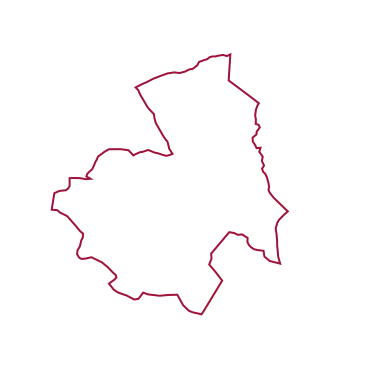 Florânia, Rio Grande do Norte, Brazil, rotated 224°
{"feature_id": "56859067B70740339251141", "entity_name": "Florânia", "entity_type": "district", "adm_level": 2, "iso_a3": "BRA", "parent_name": "Brazil", "parent_adm1": "Rio Grande do Norte", "projection": "orthographic", "projection_center": [-36.81, -6.18], "detail": "fine", "context": "isolated", "style": "outline", "palette": "rose", "viewbox_px": 384, "rotation_deg": 224, "n_neighbors": 0, "source": "geoboundaries", "source_scale": "gbopen_adm2", "svg_char_len": 2210}
<svg xmlns="http://www.w3.org/2000/svg" viewBox="0 0 384 384"><g transform="rotate(224 192 192)"><path d="M273.0,301.1L273.3,298.1L275.0,295.2L277.3,290.4L276.2,286.8L277.0,281.1L279.0,278.5L280.7,273.7L283.6,268.9L287.9,265.7L292.1,260.1L295.7,252.7L298.5,246.7L300.8,239.8L302.8,235.1L305.2,228.1L301.3,227.9L296.7,226.0L282.3,222.0L273.3,221.5L270.4,219.1L266.1,216.5L251.2,212.2L247.9,211.5L244.7,211.2L241.4,209.2L238.4,207.3L232.5,205.9L233.9,202.8L235.7,200.1L239.6,198.0L243.2,196.3L246.4,194.3L252.7,191.8L255.3,186.8L257.1,184.4L258.3,181.5L259.7,177.5L263.0,177.8L266.7,177.9L272.9,173.4L281.5,165.0L282.9,160.1L284.2,152.2L282.9,148.8L282.3,146.3L281.1,143.5L279.6,139.1L280.0,134.7L279.9,132.1L278.7,129.8L274.2,131.0L277.0,127.7L279.9,125.7L282.5,123.9L286.5,120.2L289.7,116.9L287.4,114.6L284.2,111.3L283.5,108.4L283.9,105.7L288.1,100.7L290.2,95.5L285.1,88.2L282.4,84.3L280.6,81.8L276.4,85.3L272.5,85.5L270.1,86.4L265.0,87.9L258.5,87.4L252.2,86.9L245.1,86.1L241.6,86.4L239.1,83.7L238.0,80.2L234.9,75.0L233.8,70.5L231.5,67.4L227.6,66.4L225.1,67.1L223.0,69.2L219.0,75.2L208.0,78.8L200.5,79.4L192.7,79.1L189.2,79.3L187.0,78.0L186.9,75.3L188.1,68.4L180.3,67.4L175.5,68.3L169.9,70.8L167.0,72.2L158.9,74.5L156.3,78.0L157.2,85.7L152.5,87.8L143.3,94.8L137.3,101.7L131.2,107.9L119.8,104.4L111.6,104.4L107.6,106.1L102.6,109.2L100.2,110.6L100.9,114.6L108.7,149.2L119.4,150.8L129.3,151.8L131.6,157.6L135.4,160.9L136.4,175.5L137.3,189.0L133.1,191.8L129.3,193.0L126.5,196.3L120.1,197.6L117.5,194.6L114.3,193.4L111.1,193.3L107.7,193.9L104.5,195.8L99.7,199.4L95.1,195.9L88.3,196.3L78.8,201.7L85.0,205.3L93.7,212.8L96.5,215.7L102.0,220.5L106.5,223.9L109.4,229.5L110.1,232.7L110.0,239.3L109.6,244.6L129.3,244.6L135.7,245.5L138.5,246.7L140.0,249.2L143.6,251.8L148.5,254.7L152.1,256.0L154.7,255.9L157.8,257.4L158.5,261.0L163.5,263.0L165.5,266.4L168.7,267.2L171.5,267.6L173.5,271.4L176.0,268.4L179.5,269.7L183.4,270.6L186.2,273.2L185.6,278.1L187.4,280.4L188.1,285.6L190.8,286.6L193.4,285.2L196.4,288.5L199.8,291.0L203.1,295.5L204.7,298.9L205.6,302.3L221.3,300.5L243.1,297.7L260.0,317.6L261.3,314.1L264.9,312.1L267.5,308.7L269.4,305.7L271.5,303.7L273.0,301.1Z" fill="none" stroke="#9f1239" stroke-width="2"/></g></svg>